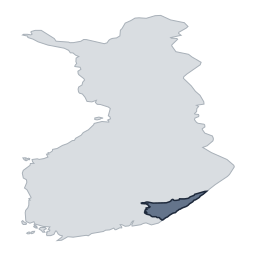 South Karelia on a map of Finland (Equal Earth projection)
{"feature_id": "FIN-3188", "entity_name": "South Karelia", "entity_type": "Province", "adm_level": 1, "iso_a3": "FIN", "parent_name": "Finland", "parent_adm1": "", "projection": "equal_earth", "projection_center": [28.093, 61.258], "detail": "fine", "context": "in_parent", "style": "filled", "palette": "slate", "viewbox_px": 256, "rotation_deg": 0, "n_neighbors": 0, "source": "natural_earth", "source_scale": "10m", "svg_char_len": 5292}
<svg xmlns="http://www.w3.org/2000/svg" viewBox="0 0 256 256"><path d="M87.0,101.4L85.1,97.4L82.4,94.0L79.4,93.1L78.5,91.8L78.1,89.1L78.7,87.0L82.0,85.0L82.7,82.2L84.6,80.0L83.8,78.6L78.8,74.7L78.1,73.4L77.9,71.2L80.9,69.3L80.2,67.3L74.8,66.5L75.1,65.4L76.7,63.4L75.9,61.7L76.1,58.1L78.8,56.5L75.7,55.2L72.9,52.9L70.3,52.8L68.7,50.4L64.2,48.2L48.0,45.1L38.0,41.8L32.9,39.1L27.9,37.5L27.6,36.1L22.5,35.0L23.5,34.3L27.6,34.3L30.9,34.9L32.1,34.1L30.9,32.1L31.2,31.5L35.1,30.4L41.3,30.4L54.2,38.5L56.1,41.2L68.7,42.1L70.0,42.7L73.5,42.6L80.8,41.3L83.7,39.5L86.4,39.6L104.3,43.7L107.1,42.8L108.8,40.3L110.3,39.2L112.4,38.4L116.6,37.9L119.9,35.9L120.4,30.2L122.0,28.6L125.2,23.1L130.8,20.6L135.0,18.1L139.0,17.8L146.3,18.3L155.1,15.7L160.7,15.4L170.5,19.9L184.3,22.7L188.0,26.5L186.2,28.1L178.8,32.3L178.6,33.4L181.1,35.3L170.6,37.6L171.4,38.2L176.9,38.5L177.6,39.3L171.9,44.8L171.7,45.8L175.9,51.7L188.5,54.3L192.0,57.0L201.1,62.3L200.2,64.8L186.8,74.1L183.8,76.7L183.4,78.3L191.3,85.9L195.4,91.3L200.0,95.3L203.8,101.8L204.0,104.1L196.5,105.3L198.6,106.5L196.8,108.6L196.6,111.6L194.5,113.5L194.9,114.1L198.5,114.5L198.9,115.8L198.6,116.6L194.9,118.1L194.5,119.7L196.5,122.4L198.1,123.3L203.9,124.2L204.7,124.9L204.9,126.9L202.2,128.8L202.3,129.5L204.8,133.1L212.4,136.0L213.3,138.2L213.3,139.6L212.9,140.9L207.1,145.8L202.7,147.4L211.4,152.6L227.0,159.5L233.8,165.3L234.3,166.9L229.5,174.4L227.5,176.4L215.1,184.7L197.4,198.6L188.4,204.8L171.0,214.3L158.4,223.1L151.4,224.9L146.1,222.9L143.4,223.4L140.8,224.7L132.1,226.1L131.8,224.7L133.7,220.9L132.9,220.9L131.3,222.7L130.5,224.8L128.8,225.9L125.2,226.3L121.7,224.6L120.1,224.6L121.8,227.1L121.7,227.9L119.8,227.8L115.9,229.7L115.0,229.7L113.8,228.1L109.6,229.9L105.6,230.2L103.3,231.5L91.6,233.5L88.3,235.8L86.2,235.3L73.2,237.2L67.8,236.7L61.7,240.2L57.2,240.6L62.0,237.0L62.3,235.8L59.8,235.2L58.1,233.9L56.5,231.1L55.6,231.0L53.9,234.4L50.7,235.6L46.9,235.6L46.5,234.1L47.2,232.7L46.6,232.4L47.3,231.3L49.2,231.2L49.8,230.7L49.8,230.0L48.2,229.4L49.9,226.9L43.1,226.4L34.8,223.9L33.9,221.7L29.9,223.2L26.3,221.6L25.8,220.6L25.2,212.6L25.7,210.3L27.9,207.7L28.8,205.0L28.9,200.1L30.1,200.1L28.9,198.5L30.8,198.1L31.1,197.5L27.0,189.8L24.5,188.0L26.8,182.5L26.7,181.2L26.4,179.7L23.3,178.0L22.3,173.1L23.3,170.3L30.0,165.4L30.4,163.5L34.0,163.4L32.5,161.6L32.1,159.5L37.3,158.8L39.2,159.4L43.8,158.6L47.9,157.1L46.5,154.2L48.6,154.1L47.9,153.4L48.1,152.6L49.7,152.9L52.4,150.9L52.6,149.4L57.1,148.5L62.5,145.4L67.3,143.7L72.3,140.6L74.4,140.4L75.6,138.3L81.2,135.2L83.2,132.6L88.4,129.8L93.6,124.8L94.2,123.4L101.9,121.5L108.8,122.1L108.7,120.8L107.6,120.1L110.5,118.8L109.9,116.8L108.3,115.8L110.3,108.5L108.3,107.0L100.4,104.5L97.2,104.3L95.4,102.5L96.4,100.3L91.9,101.9L87.0,101.4ZM40.3,227.5L45.1,227.5L46.3,228.8L44.1,229.7L43.9,230.7L44.9,232.2L42.8,232.2L41.4,230.5L39.2,229.2L40.3,227.5ZM100.1,119.2L97.1,119.9L94.8,119.5L94.8,118.0L98.9,117.1L103.1,118.1L101.0,118.4L100.1,119.2ZM26.0,157.8L25.7,159.1L28.6,158.2L29.7,158.6L29.5,159.7L28.5,159.5L26.1,160.8L24.1,159.7L22.9,157.9L26.0,157.8ZM26.5,223.3L26.1,224.4L23.3,224.5L22.2,223.4L21.7,221.4L22.8,220.6L23.5,221.6L26.5,223.3ZM37.5,228.0L36.0,228.1L33.9,226.9L33.7,226.4L34.5,226.1L34.2,224.7L35.8,225.5L36.7,226.4L35.8,226.6L37.5,228.0ZM33.9,232.8L31.8,233.7L31.0,233.5L31.3,232.1L32.6,231.4L34.6,231.3L33.9,232.8ZM29.6,233.7L27.8,233.9L26.7,233.2L28.4,232.1L29.8,232.1L30.1,232.8L29.6,233.7Z" fill="#d9dde1" stroke="#a8b0b8" stroke-width="1"/><path d="M206.6,191.3L203.2,194.2L200.5,195.9L200.0,196.2L199.6,197.1L199.2,197.5L196.2,199.4L195.6,199.7L194.3,200.1L193.8,200.3L193.5,200.7L193.1,201.3L192.7,201.8L189.8,203.6L189.2,204.1L188.9,204.4L188.6,204.8L187.4,205.8L185.9,206.6L182.8,207.7L181.7,208.2L180.3,209.1L179.1,209.4L178.7,209.7L178.1,210.3L176.8,211.1L176.5,211.5L176.1,212.0L175.3,212.7L173.5,213.0L172.5,213.4L169.5,215.2L167.6,216.9L165.7,217.7L162.7,220.0L162.3,219.9L162.1,219.9L161.7,219.9L161.7,219.7L161.8,219.7L161.6,219.5L160.6,219.1L160.3,218.9L160.1,218.6L159.7,218.0L159.5,217.7L158.7,217.5L157.8,217.6L157.0,217.5L156.7,217.2L156.1,216.7L152.4,216.7L151.8,216.5L151.2,216.1L150.2,215.2L149.6,214.9L147.0,214.3L146.3,214.0L144.9,213.1L144.6,212.8L144.6,212.7L144.9,212.7L145.2,212.8L145.9,212.9L146.5,212.8L146.8,212.7L146.7,212.4L146.5,212.2L146.4,212.0L146.1,211.8L145.8,211.7L145.1,211.6L144.9,211.5L145.2,211.1L145.1,210.8L145.0,210.5L145.4,210.0L146.1,209.7L146.4,209.6L146.7,209.4L146.4,209.3L146.3,209.2L146.0,209.2L145.8,209.2L146.2,208.6L146.4,208.3L146.3,207.9L148.8,207.7L149.1,207.6L149.5,207.4L149.5,207.1L149.9,206.9L150.0,206.8L149.9,206.7L149.4,206.6L148.9,206.5L148.7,206.2L148.8,206.1L148.8,205.7L147.7,204.8L147.0,204.4L146.6,204.1L147.0,204.1L147.3,203.9L146.9,203.8L144.9,203.8L141.5,203.5L141.3,203.1L141.7,202.9L142.4,202.7L143.9,202.8L144.3,202.8L146.2,202.1L147.2,202.0L148.2,202.1L153.1,203.1L166.3,202.8L169.6,201.7L170.8,201.0L171.0,200.7L171.2,200.3L171.3,200.2L171.8,199.8L172.2,199.5L172.8,199.4L173.1,199.5L173.7,200.2L174.2,200.4L176.0,200.4L178.0,200.1L179.3,199.8L179.4,199.5L179.4,199.0L179.5,198.8L179.8,198.8L181.0,198.9L184.3,198.9L187.1,198.5L188.2,198.3L188.8,198.0L190.2,196.8L192.7,195.9L194.1,195.3L194.7,194.3L204.8,191.4L206.6,191.3L206.6,191.3Z" fill="#64748b" stroke="#1e293b" stroke-width="1.5"/></svg>